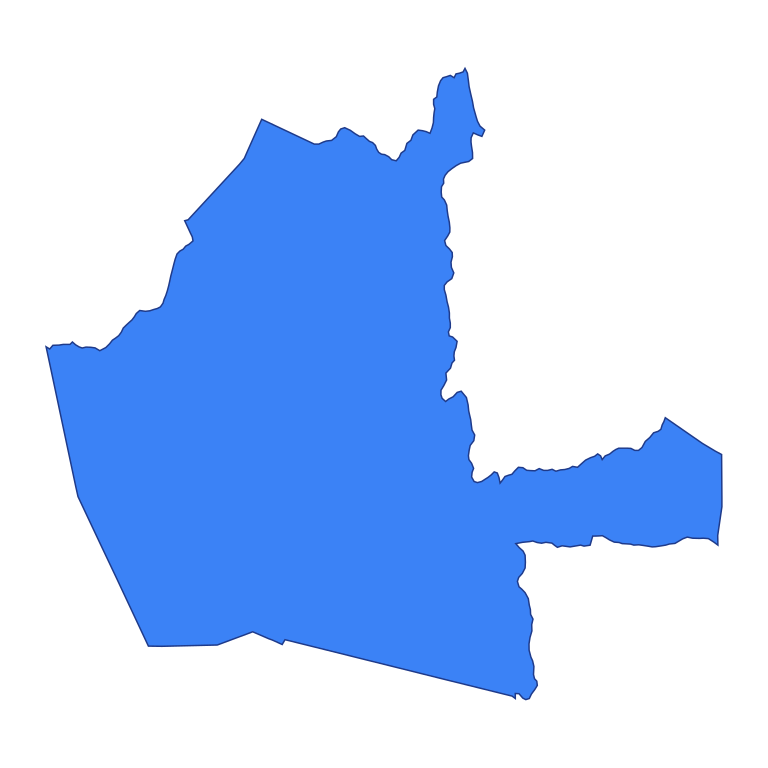 Barras, Piauí, Brazil (Equal Earth projection)
{"feature_id": "56859067B60592668068421", "entity_name": "Barras", "entity_type": "district", "adm_level": 2, "iso_a3": "BRA", "parent_name": "Brazil", "parent_adm1": "Piauí", "projection": "equal_earth", "projection_center": [-42.271, -4.158], "detail": "fine", "context": "isolated", "style": "filled", "palette": "blue", "viewbox_px": 768, "rotation_deg": 0, "n_neighbors": 0, "source": "geoboundaries", "source_scale": "gbopen_adm2", "svg_char_len": 4549}
<svg xmlns="http://www.w3.org/2000/svg" viewBox="0 0 768 768"><path d="M721.9,506.8L721.9,498.0L721.6,454.5L715.6,451.3L702.4,443.4L698.5,440.7L665.3,417.7L663.9,421.6L662.2,424.9L660.9,429.3L658.2,431.3L653.6,432.8L649.8,437.5L645.3,441.4L642.0,447.5L638.5,450.4L634.8,450.4L630.9,448.4L627.2,448.2L622.8,448.2L618.7,448.2L615.8,449.5L613.0,451.3L609.5,454.1L605.2,455.9L602.2,459.6L600.6,455.9L597.7,453.9L594.6,456.3L590.5,457.7L585.6,460.1L581.4,463.8L577.5,467.3L572.6,466.4L569.2,468.4L564.9,469.5L560.4,469.9L555.9,471.2L552.1,469.3L547.7,470.4L543.7,470.4L539.2,468.6L535.0,470.8L530.5,470.6L526.7,470.3L522.9,467.7L518.4,467.3L514.9,470.8L511.9,474.3L508.6,475.2L505.0,476.5L502.4,480.2L500.1,483.1L499.0,477.6L497.3,473.0L494.2,471.9L491.2,474.9L488.0,477.4L485.0,479.3L481.6,481.5L477.4,482.6L474.1,481.5L471.6,477.0L472.1,472.3L473.6,468.4L471.6,463.3L468.9,459.6L468.4,455.7L469.2,450.1L470.2,445.4L473.8,440.7L474.7,435.0L472.0,430.0L471.3,424.8L470.7,419.6L469.6,415.0L468.7,410.9L468.1,404.9L466.4,397.5L461.2,391.2L457.2,392.4L453.1,396.8L448.8,399.0L445.6,401.5L442.1,398.3L440.9,394.7L441.0,390.2L443.9,385.4L446.6,380.0L445.9,373.1L450.5,368.1L452.0,363.0L454.5,360.2L453.9,356.0L454.3,351.8L456.0,347.5L457.1,341.3L452.6,337.0L449.2,335.9L448.4,331.9L450.3,327.6L450.3,323.1L449.4,318.1L449.4,313.0L448.5,307.1L447.1,301.8L445.9,295.1L444.3,289.6L444.3,285.4L447.1,281.9L451.8,278.6L453.8,272.9L451.4,267.4L451.0,262.2L452.4,256.7L452.2,252.5L449.5,249.0L445.9,245.5L444.6,240.6L447.7,236.0L449.8,232.1L449.9,227.9L449.3,222.2L448.0,215.9L447.2,210.4L446.7,205.1L444.4,200.0L441.7,197.0L441.2,192.1L441.5,186.7L443.7,183.2L443.5,179.0L445.1,175.3L448.0,171.7L451.9,168.6L456.2,165.6L460.6,163.2L464.8,162.3L468.7,161.5L472.6,158.5L472.5,152.6L471.5,146.1L471.0,142.0L471.1,137.8L473.3,132.9L477.8,134.9L481.9,136.4L484.7,130.1L480.0,126.1L477.5,121.3L476.2,117.1L474.9,112.5L473.6,107.9L472.5,101.5L470.7,93.9L469.1,86.6L468.4,80.7L467.4,73.2L465.0,68.4L463.1,71.9L459.4,73.2L456.0,73.9L454.1,77.7L450.3,75.4L446.5,76.7L443.0,77.7L440.6,80.7L438.5,85.8L437.3,92.1L436.8,97.0L433.6,99.3L433.6,104.3L434.8,108.6L434.1,112.7L433.6,117.5L433.4,122.6L432.0,128.1L430.0,133.3L426.1,131.6L422.5,130.7L418.1,130.1L412.9,134.9L410.9,140.3L406.9,143.4L404.8,150.4L401.1,153.1L399.2,157.3L396.2,160.8L391.7,159.7L388.7,156.7L384.7,154.6L381.5,154.2L378.7,152.4L376.7,149.1L375.4,145.4L372.6,142.6L369.5,141.4L366.3,138.6L363.5,136.0L359.6,136.4L355.2,133.8L350.3,130.3L344.7,127.7L340.7,129.0L338.4,131.9L336.3,136.7L331.6,140.4L326.3,141.0L323.1,142.1L318.8,144.1L314.3,144.1L261.7,119.3L247.5,151.1L244.3,158.4L239.6,164.1L188.1,219.8L184.7,220.7L187.3,226.3L190.4,233.0L192.3,236.9L193.0,240.9L188.9,244.4L185.7,246.1L183.2,249.2L179.8,251.1L177.0,254.0L175.2,259.1L173.9,263.9L172.9,267.9L171.8,272.2L170.8,276.0L169.8,280.8L168.7,285.7L167.3,290.9L165.8,295.5L164.1,299.4L163.0,303.2L160.4,306.9L157.3,308.5L153.7,309.5L149.8,310.8L145.4,311.3L139.7,310.5L136.3,313.5L134.2,317.0L131.9,320.0L129.3,322.3L126.7,324.7L123.3,328.0L121.3,332.2L118.7,335.7L115.4,338.2L112.4,340.2L109.6,343.8L105.9,347.5L99.8,350.7L95.1,347.9L90.9,347.3L86.0,347.1L82.2,348.0L79.1,346.9L75.6,344.8L72.4,342.0L70.0,344.4L66.5,344.4L63.3,344.4L59.0,345.1L52.9,345.3L49.7,349.0L46.1,346.8L51.2,370.7L75.7,486.3L78.0,496.6L100.4,544.1L116.8,578.7L148.4,646.1L161.9,646.3L217.3,645.0L252.7,631.8L268.9,638.8L272.0,639.9L282.2,644.5L285.0,639.7L306.5,645.0L361.1,658.6L366.3,659.9L398.5,667.9L442.2,678.8L512.1,696.1L515.3,698.5L515.3,693.5L519.0,693.7L522.8,698.1L525.8,699.6L529.3,698.5L531.4,694.1L535.0,689.2L537.3,685.4L536.8,681.2L534.5,678.7L533.5,674.5L533.9,666.5L532.6,660.8L530.9,657.1L529.1,650.2L529.0,643.9L530.0,637.5L531.9,630.9L531.7,624.6L533.0,619.1L530.6,614.4L530.4,609.6L529.3,605.2L528.3,598.6L525.1,592.7L521.8,589.2L519.0,586.8L517.4,581.4L518.7,577.4L522.3,573.4L525.1,568.0L525.4,562.2L525.1,555.2L523.1,551.1L519.2,547.6L515.8,543.6L522.6,542.3L529.6,541.6L532.8,541.0L537.1,542.5L541.6,543.2L545.9,542.3L551.9,543.1L554.7,545.4L557.4,547.3L562.1,545.8L570.1,546.9L576.7,545.8L580.6,545.1L584.0,546.1L590.1,545.2L592.7,536.1L597.5,536.0L602.4,535.7L606.0,537.7L609.5,539.9L614.2,542.1L619.1,542.5L622.1,543.6L625.7,543.8L630.6,544.1L633.8,545.1L638.7,544.8L643.0,545.4L648.2,546.2L652.1,546.9L655.7,546.7L661.6,545.8L665.8,545.1L669.4,544.0L675.0,543.4L682.8,538.8L687.3,537.1L692.5,538.2L699.5,538.4L703.2,538.2L708.4,538.6L713.7,542.0L717.9,545.1L717.7,535.5L721.9,506.8Z" fill="#3b82f6" stroke="#1e3a8a" stroke-width="1.5"/></svg>